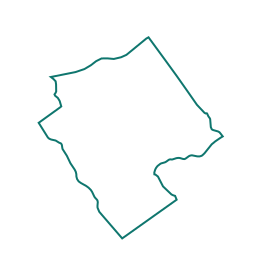 outline of Collines, rotated 144°
{"feature_id": "BEN-2171", "entity_name": "Collines", "entity_type": "Department", "adm_level": 1, "iso_a3": "BEN", "parent_name": "Benin", "parent_adm1": "", "projection": "orthographic", "projection_center": [2.189, 8.101], "detail": "fine", "context": "isolated", "style": "outline", "palette": "teal", "viewbox_px": 256, "rotation_deg": 144, "n_neighbors": 0, "source": "natural_earth", "source_scale": "10m", "svg_char_len": 1583}
<svg xmlns="http://www.w3.org/2000/svg" viewBox="0 0 256 256"><g transform="rotate(144 128 128)"><path d="M191.3,154.6L191.4,155.1L192.4,156.7L193.9,160.4L196.9,163.8L198.0,165.6L198.4,167.4L197.2,184.7L171.0,184.6L169.3,184.7L167.4,190.0L167.1,193.6L168.0,197.0L167.7,198.4L165.9,199.0L164.6,199.8L160.6,205.5L159.1,208.3L159.5,211.4L160.4,214.6L137.6,204.1L128.6,201.3L121.2,200.6L114.5,200.8L108.5,199.8L103.7,196.4L98.9,192.2L92.0,189.3L86.3,188.1L60.6,189.6L58.1,189.3L58.1,187.1L58.0,161.7L58.0,141.4L58.3,121.0L58.6,106.3L57.2,95.3L56.6,94.1L55.9,93.8L55.5,93.3L56.1,90.2L56.1,88.0L56.3,86.9L60.5,80.0L61.0,77.7L60.4,76.4L57.2,72.3L56.5,70.8L56.4,69.3L56.3,65.5L58.6,65.7L65.4,65.9L67.8,65.7L68.5,65.7L69.9,65.6L80.9,62.6L83.0,62.3L84.5,62.2L85.3,62.4L86.7,62.9L87.7,63.6L88.7,64.4L92.1,68.1L92.6,68.5L93.2,68.8L93.9,69.1L94.6,69.3L95.4,69.4L99.2,69.4L100.0,69.5L100.6,69.7L101.1,70.1L101.6,70.5L103.5,73.0L104.4,73.9L105.5,74.6L106.7,75.2L110.4,76.4L111.0,76.7L112.4,77.9L113.0,78.1L113.7,78.3L116.8,78.3L118.3,78.5L121.8,79.8L122.6,80.0L123.4,80.0L126.4,79.9L128.5,79.3L130.0,78.6L131.1,77.9L132.9,76.5L133.9,75.0L133.2,74.2L132.3,71.1L134.0,60.2L131.9,48.7L131.0,47.0L129.8,45.4L130.8,41.4L197.6,42.1L200.2,73.3L200.5,77.1L199.5,81.4L198.5,82.9L196.0,85.8L195.3,87.4L195.3,88.5L195.6,90.9L195.6,92.1L194.6,97.4L194.5,99.8L195.0,102.9L195.9,105.7L198.4,111.1L199.3,113.8L199.2,116.6L198.3,119.0L196.9,121.1L196.0,123.3L195.6,125.6L195.3,133.3L193.8,141.4L193.3,149.5L192.8,150.6L191.5,153.1L191.3,154.0L191.3,154.6Z" fill="none" stroke="#0f766e" stroke-width="2"/></g></svg>